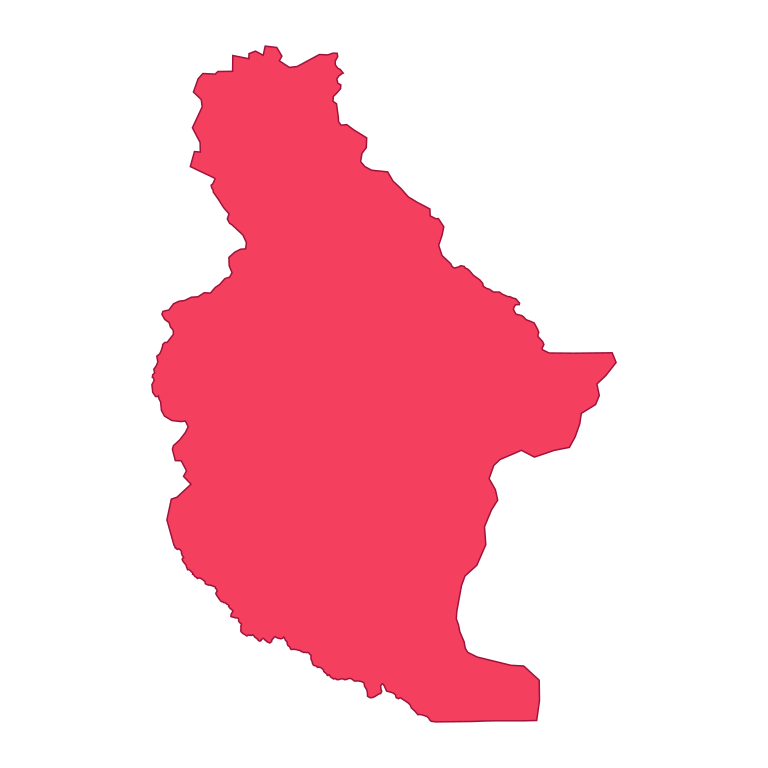 outline of Chelan, Washington, United States of America
{"feature_id": "52423323B33569460093340", "entity_name": "Chelan", "entity_type": "district", "adm_level": 2, "iso_a3": "USA", "parent_name": "United States of America", "parent_adm1": "Washington", "projection": "albers", "projection_center": [-120.784, 47.904], "detail": "fine", "context": "isolated", "style": "filled", "palette": "rose", "viewbox_px": 768, "rotation_deg": 0, "n_neighbors": 0, "source": "geoboundaries", "source_scale": "gbopen_adm2", "svg_char_len": 6084}
<svg xmlns="http://www.w3.org/2000/svg" viewBox="0 0 768 768"><path d="M174.0,545.3L174.9,546.5L175.0,547.6L175.2,547.9L175.9,548.0L176.3,548.7L177.2,549.3L177.8,549.4L178.2,548.9L178.7,548.9L180.1,549.5L180.6,550.4L181.3,551.2L181.5,551.6L181.4,553.2L182.0,554.0L181.9,554.5L182.0,555.1L183.0,556.4L183.2,557.2L183.6,557.5L182.5,558.6L182.2,559.1L182.2,559.7L183.2,561.6L185.0,563.8L185.5,564.6L186.2,565.3L186.6,567.4L187.1,568.2L187.4,569.5L187.7,569.8L188.6,569.6L189.1,569.7L190.8,571.0L191.0,571.5L191.3,571.9L192.3,572.4L192.6,572.8L192.8,573.8L192.6,574.3L193.4,574.4L194.9,576.5L195.8,576.9L196.9,577.9L197.3,578.5L197.9,578.0L199.0,578.1L199.8,577.9L203.0,579.8L203.6,580.6L205.0,581.4L205.3,583.5L205.7,584.0L208.1,585.0L209.1,585.2L210.2,585.1L211.1,585.5L211.6,585.4L212.0,585.8L212.9,586.1L215.2,586.8L215.5,588.3L216.3,589.0L217.1,590.4L217.2,590.9L216.8,591.3L216.9,591.8L216.1,592.6L216.0,593.1L215.9,594.1L216.6,594.8L216.9,595.3L217.0,595.9L218.5,597.9L218.9,598.2L218.9,598.7L219.6,599.6L221.3,601.6L222.4,601.7L223.7,602.6L225.2,602.8L227.4,604.5L228.4,604.8L228.9,605.4L228.6,606.4L228.9,606.9L229.3,607.1L230.1,608.5L230.5,608.9L231.5,609.2L232.0,610.0L233.0,610.9L232.9,611.3L232.1,612.4L232.0,612.9L231.1,614.2L231.0,615.7L230.8,616.3L231.4,616.8L234.1,617.4L235.1,617.8L237.7,618.0L238.5,618.7L238.7,621.3L240.1,623.0L241.3,623.6L241.5,624.0L240.8,626.3L240.8,626.7L241.1,627.2L240.8,629.3L241.0,629.8L240.8,630.8L240.9,631.3L241.1,631.8L243.0,633.6L244.4,634.4L244.8,634.4L246.4,635.8L247.0,635.9L248.3,635.1L248.8,635.0L249.8,635.3L251.6,635.4L252.0,635.2L252.3,634.8L252.7,634.7L253.9,635.7L254.7,637.1L256.9,638.6L258.0,640.0L259.2,641.0L259.7,641.1L260.7,640.8L261.2,640.4L261.3,639.7L262.9,638.5L263.3,638.4L264.2,639.0L265.5,640.6L266.5,641.1L267.2,641.9L269.8,643.0L271.5,641.6L271.8,641.2L271.8,640.1L272.0,639.6L272.9,638.9L274.0,637.4L274.7,636.8L275.1,636.8L278.2,638.3L279.4,638.4L280.5,638.8L281.8,638.6L282.8,638.1L283.7,637.1L284.1,637.3L285.0,639.1L285.3,640.1L287.1,642.0L287.2,643.6L287.8,645.3L288.5,646.0L289.4,646.5L289.9,647.3L290.3,648.5L291.1,649.5L293.9,649.3L296.8,649.7L298.2,650.2L300.5,650.6L300.9,651.3L303.9,652.5L305.0,652.3L306.6,652.7L308.0,652.5L308.8,652.9L309.3,653.4L309.4,653.9L310.4,654.7L311.2,655.5L311.2,656.0L310.8,657.1L310.9,657.6L311.1,658.0L311.0,659.4L311.9,661.0L312.4,662.8L312.4,663.3L312.9,664.1L313.3,665.1L314.2,665.6L316.5,666.1L317.0,667.0L317.5,667.3L319.6,667.3L320.6,667.5L323.1,669.5L323.5,670.5L323.8,671.6L326.6,673.9L326.9,674.3L327.2,675.3L327.7,675.5L328.0,675.5L328.7,674.8L329.2,674.8L329.6,675.3L330.3,676.5L331.3,677.6L332.2,677.9L333.4,679.0L335.4,678.5L336.4,679.5L338.5,679.7L340.9,678.9L343.2,678.9L344.5,679.7L346.3,679.4L346.7,679.5L347.6,678.8L350.8,678.4L354.6,681.1L358.1,680.9L361.6,681.6L364.1,682.9L364.5,686.1L366.8,689.9L367.5,693.5L367.5,696.2L369.9,697.7L372.5,697.6L375.1,696.4L379.0,693.9L380.6,693.6L381.7,691.6L381.0,689.0L380.6,685.9L382.1,683.9L383.3,684.2L384.5,686.4L386.6,691.1L391.1,692.3L393.3,693.1L395.6,694.9L396.1,697.6L398.5,698.7L399.5,698.1L400.4,697.8L407.7,702.6L410.1,704.8L411.4,708.0L414.8,711.0L417.9,714.7L420.1,714.5L423.0,715.1L427.2,716.7L428.7,718.1L429.6,719.8L431.2,721.3L435.9,721.9L471.6,721.5L484.9,721.0L495.6,720.8L523.1,720.8L536.7,720.5L539.5,700.5L539.2,680.2L523.7,666.0L510.9,665.3L477.1,657.0L467.7,652.3L465.3,648.3L464.1,641.8L459.8,631.7L458.5,624.9L456.3,618.8L456.8,611.3L461.5,585.6L465.0,576.0L476.8,565.3L485.8,544.7L484.5,526.7L491.5,509.9L497.7,500.1L495.4,489.7L489.1,478.6L493.8,465.4L500.1,459.5L521.4,450.3L534.4,457.1L554.1,450.4L569.4,447.4L575.2,436.8L579.8,423.7L581.3,413.4L595.6,404.5L599.3,395.5L596.9,384.0L605.8,375.6L616.1,362.5L612.2,352.8L573.4,353.2L549.1,353.0L542.6,349.8L542.0,348.0L543.2,346.2L543.9,344.4L542.7,341.7L537.9,336.4L538.2,333.8L538.8,332.5L537.4,328.9L534.2,323.0L531.2,321.6L526.1,319.7L523.8,317.1L521.8,315.6L515.9,314.1L513.4,309.4L514.2,306.7L515.6,304.9L517.4,304.6L519.2,304.7L519.6,303.2L515.7,298.7L513.2,298.2L510.0,296.7L507.8,296.6L501.7,293.9L499.6,292.1L493.4,292.0L489.4,289.2L486.8,288.5L483.3,286.3L482.7,283.3L479.7,279.8L473.4,275.3L469.9,271.2L467.8,269.1L465.3,268.1L464.2,266.4L460.7,265.7L459.2,266.7L454.4,268.1L452.2,266.6L450.6,263.6L442.0,255.5L438.7,245.3L442.1,235.1L443.8,226.8L438.4,218.6L435.8,218.7L430.2,215.9L429.9,209.0L417.0,202.2L408.2,196.8L400.8,188.4L393.0,181.1L387.7,171.9L371.5,170.2L364.9,166.6L360.6,161.6L362.0,153.3L366.3,147.7L366.7,137.9L353.5,129.7L346.7,124.6L341.0,125.2L338.6,121.7L338.3,117.1L336.5,103.8L333.0,101.3L333.3,96.5L336.6,93.3L340.6,88.6L340.8,84.8L337.9,83.3L336.8,78.9L339.0,75.8L342.5,73.3L343.2,73.1L340.3,69.5L337.7,68.2L335.4,64.9L335.1,61.4L337.7,56.6L337.2,53.3L333.1,53.1L327.8,54.9L319.4,54.5L297.1,66.5L289.4,67.4L279.3,60.8L281.9,56.1L276.8,47.5L265.2,46.1L263.2,55.3L255.5,51.1L249.0,53.6L248.8,58.7L232.8,55.5L232.6,71.3L218.0,71.5L215.1,74.1L202.9,73.5L198.2,78.7L193.4,92.0L201.2,99.5L202.2,106.8L192.4,127.8L200.1,142.5L200.3,152.1L194.5,151.5L190.3,166.6L214.7,178.2L215.0,179.0L212.7,184.0L211.1,185.2L211.7,187.9L212.9,189.5L213.4,192.3L218.5,199.5L223.6,207.6L229.0,213.9L227.3,218.9L229.6,223.3L232.1,224.9L242.9,235.0L246.4,242.6L245.6,248.9L240.6,249.2L234.8,252.1L228.9,257.4L229.2,265.8L232.0,272.6L229.7,277.1L224.9,278.6L219.7,284.5L215.3,287.4L210.4,293.1L204.3,292.7L197.9,296.8L191.4,297.2L184.6,300.5L179.1,301.2L173.6,303.7L169.0,309.9L162.9,311.4L161.9,314.3L164.8,319.5L169.1,322.6L170.5,327.1L173.2,330.1L173.4,334.3L167.1,342.4L164.9,342.4L162.8,344.3L162.4,346.8L161.0,351.1L159.7,353.8L156.8,356.2L157.8,362.0L156.1,366.1L153.8,369.1L154.6,373.0L152.7,374.8L152.3,377.4L153.5,378.0L154.1,380.0L153.6,381.5L151.9,384.7L152.7,392.3L155.6,396.6L157.6,396.5L158.3,396.0L159.0,398.9L160.6,401.9L161.4,410.4L164.5,416.1L171.8,420.5L180.8,421.6L185.4,421.1L188.2,426.8L185.3,432.6L179.7,439.9L173.4,445.7L172.4,449.3L175.3,460.6L181.2,460.8L186.5,470.8L183.5,476.4L191.0,484.2L177.0,497.2L171.3,499.1L166.9,519.9L174.0,545.3Z" fill="#f43f5e" stroke="#9f1239" stroke-width="1.5"/></svg>